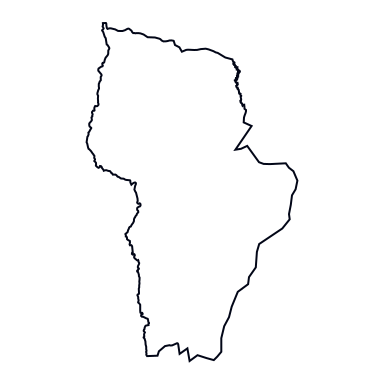 the district of Guruve, Mashonaland Central, Zimbabwe
{"feature_id": "62879985B94788523957313", "entity_name": "Guruve", "entity_type": "district", "adm_level": 2, "iso_a3": "ZWE", "parent_name": "Zimbabwe", "parent_adm1": "Mashonaland Central", "projection": "equal_earth", "projection_center": [30.574, -16.701], "detail": "fine", "context": "isolated", "style": "outline", "palette": "ink", "viewbox_px": 384, "rotation_deg": 0, "n_neighbors": 0, "source": "geoboundaries", "source_scale": "gbopen_adm2", "svg_char_len": 5847}
<svg xmlns="http://www.w3.org/2000/svg" viewBox="0 0 384 384"><path d="M232.4,59.4L225.3,57.5L217.7,52.9L215.7,52.4L213.5,51.2L208.6,49.4L205.7,48.7L200.8,49.1L197.2,49.9L194.3,50.0L188.0,49.7L186.2,49.9L181.9,51.7L179.4,47.3L175.0,45.0L173.7,40.9L173.2,40.7L171.4,40.4L169.4,40.5L167.8,41.0L166.0,41.3L163.5,41.4L161.8,40.6L160.4,39.2L159.4,38.7L155.0,37.5L147.6,37.2L143.6,34.5L140.5,33.4L138.4,33.1L136.3,33.1L135.2,33.3L134.3,33.0L133.2,33.1L132.1,32.0L131.5,30.7L129.1,28.8L128.2,28.6L127.1,29.0L125.0,30.2L122.5,31.0L120.3,31.0L118.0,30.9L115.2,29.4L110.7,28.3L109.5,28.3L107.5,28.9L106.9,28.1L106.4,25.8L106.3,23.7L105.9,23.0L102.9,23.1L103.0,24.9L102.6,26.6L103.2,27.4L103.6,28.6L102.7,29.8L102.1,30.2L102.1,30.5L103.2,32.0L104.7,36.7L105.7,38.2L106.7,44.5L107.5,45.0L108.8,47.0L109.2,47.7L109.3,48.6L108.3,50.5L108.2,53.9L107.6,55.3L105.6,57.7L104.8,59.7L104.2,62.3L103.5,62.9L102.7,62.9L102.3,63.5L102.4,64.7L102.8,65.6L102.5,66.3L101.2,66.7L100.0,67.5L98.6,68.5L98.3,69.2L98.3,70.7L101.3,74.3L101.6,75.1L101.5,75.7L100.7,77.0L100.8,80.2L99.7,81.6L99.0,83.6L98.8,83.9L98.8,86.7L99.0,87.7L99.0,88.6L98.2,90.3L97.4,93.2L97.4,94.3L98.1,95.8L97.9,98.6L98.1,101.4L98.0,102.7L98.4,103.5L98.5,104.6L98.3,105.1L97.3,106.1L96.3,106.2L95.2,106.0L94.5,107.3L94.3,108.3L94.5,110.5L94.3,110.7L93.0,110.7L92.0,112.1L92.0,112.8L92.6,114.1L92.6,114.7L92.2,115.6L92.3,116.5L91.5,117.4L91.9,120.0L91.3,121.1L89.5,123.1L89.2,123.9L89.3,125.5L89.6,126.5L91.2,127.8L91.2,128.4L90.5,129.3L89.2,131.8L88.4,132.6L88.6,134.2L88.1,135.8L87.4,136.8L86.6,142.3L87.2,143.5L88.1,147.6L88.6,148.9L89.1,149.1L91.0,151.1L92.7,153.6L93.3,154.2L93.6,154.9L94.3,155.6L94.4,156.2L94.2,157.9L95.0,159.2L95.0,159.7L94.3,161.0L95.9,162.6L96.1,164.2L95.9,165.1L95.9,165.7L97.1,166.9L98.4,167.8L99.6,167.3L100.0,166.0L100.9,166.1L101.7,167.0L102.0,168.0L103.7,170.2L103.8,170.7L105.1,170.3L106.3,170.2L108.3,170.9L109.9,171.1L110.4,171.6L111.5,173.2L112.2,173.4L112.8,174.6L115.5,174.6L116.5,175.3L117.6,176.7L118.5,176.8L121.0,178.5L123.7,178.7L125.1,179.6L126.1,179.9L130.0,180.3L130.3,180.8L130.4,182.5L131.4,184.7L133.0,183.3L134.3,182.6L135.2,182.5L135.9,183.1L135.9,184.0L135.1,186.0L134.4,189.6L135.3,191.6L136.0,192.6L137.5,198.5L137.7,201.0L137.2,202.2L137.2,202.7L137.7,203.4L138.5,203.8L139.7,203.3L140.3,203.8L140.5,204.3L140.5,205.6L139.9,206.4L138.7,206.8L137.5,207.6L137.2,208.1L137.1,209.2L137.3,210.1L138.1,210.8L138.3,212.1L136.9,213.9L136.7,214.5L136.6,215.0L136.1,215.5L135.3,216.5L135.1,217.3L134.4,218.1L134.0,219.3L133.9,221.2L133.1,222.9L131.8,224.6L130.8,226.5L129.8,226.9L129.2,227.5L128.7,229.0L128.2,229.9L127.5,232.3L126.6,232.9L126.2,233.5L125.5,233.8L125.4,234.2L125.9,235.6L125.8,236.5L126.6,236.8L126.9,237.3L127.1,239.3L128.5,240.3L129.8,240.9L130.0,242.2L129.6,244.5L130.0,245.3L131.4,245.2L132.1,246.2L132.8,252.8L132.1,252.8L131.9,253.9L132.6,254.6L133.7,254.6L134.4,254.3L134.8,255.1L134.8,255.4L134.1,256.9L134.2,257.6L134.7,258.3L137.1,260.3L137.8,260.5L138.2,260.2L138.4,260.7L138.5,261.8L139.2,263.1L139.0,264.0L137.9,266.3L137.9,267.6L138.8,268.4L138.9,268.8L138.1,269.4L137.9,270.6L137.2,270.7L137.1,271.1L137.3,271.7L138.1,272.2L138.9,274.8L138.9,276.1L139.6,277.7L139.5,280.2L139.3,281.3L139.5,283.5L139.2,285.2L139.2,287.4L138.8,288.7L139.0,293.3L138.9,293.8L137.6,294.6L137.4,295.2L138.2,297.1L138.2,298.6L138.5,299.7L138.6,300.8L138.1,302.2L138.5,302.9L139.2,303.3L140.2,304.8L140.2,310.8L140.4,312.6L140.6,312.9L142.2,312.9L142.6,313.5L142.5,314.2L141.7,314.5L141.2,314.9L141.1,315.9L142.1,316.8L143.0,316.7L146.2,318.3L147.7,318.8L148.1,320.2L148.3,321.9L149.0,322.9L149.0,323.3L148.4,323.9L148.5,325.1L145.9,325.6L145.4,326.0L144.7,327.5L144.4,329.3L144.0,329.6L143.7,330.6L143.8,331.2L144.3,331.6L144.9,332.4L144.4,333.3L144.1,334.3L144.1,335.2L144.3,336.1L144.1,336.4L144.1,336.9L143.6,337.3L143.6,337.6L144.5,338.5L145.4,341.4L145.6,344.5L146.2,346.8L146.2,349.4L146.5,350.2L146.4,351.4L146.1,351.9L146.5,353.3L146.3,354.8L147.1,356.1L157.5,355.7L158.9,351.3L165.0,346.1L169.5,345.2L170.2,345.5L172.1,345.4L177.1,343.2L177.8,343.5L178.2,344.3L179.6,353.9L187.4,348.4L189.6,361.0L197.5,355.2L206.6,358.1L213.8,360.1L217.3,356.6L221.3,351.8L221.3,338.2L224.2,326.2L229.0,317.2L231.7,306.7L237.8,291.8L248.1,284.2L249.0,277.1L255.8,267.4L256.9,251.9L259.2,244.0L282.3,228.5L289.7,219.3L289.0,214.1L290.8,204.8L292.0,195.3L295.6,189.3L297.4,180.6L293.4,171.2L288.9,167.7L285.8,163.3L269.9,164.1L263.6,163.9L259.0,162.2L247.2,145.9L241.0,148.8L235.4,149.7L251.6,126.0L243.7,122.4L244.0,117.5L244.6,115.5L245.6,112.9L246.0,111.2L246.0,110.0L244.5,108.8L244.4,106.1L244.2,105.3L244.2,104.7L243.8,104.7L242.6,105.8L242.2,104.8L242.0,103.4L240.9,102.8L240.7,102.5L240.9,101.3L240.4,101.3L240.3,100.7L241.0,99.9L241.2,99.3L240.6,96.7L241.2,96.1L241.2,95.8L240.7,95.6L240.5,95.2L240.3,94.6L240.6,94.0L240.6,93.8L239.8,93.3L239.5,93.8L239.2,93.6L239.0,92.4L239.0,91.4L238.7,90.8L238.8,90.1L238.2,89.5L238.1,88.9L237.6,88.9L237.5,88.5L237.6,87.7L236.9,87.6L236.3,86.7L236.2,85.8L237.2,85.3L237.0,84.3L237.2,84.1L237.6,84.5L237.8,84.3L237.5,82.8L237.1,82.8L236.6,83.3L236.1,82.5L235.6,82.1L235.4,81.1L234.8,80.6L234.8,80.3L235.1,80.2L235.4,79.9L235.7,79.1L236.0,79.2L236.3,80.4L236.8,79.6L237.1,79.5L237.3,78.9L237.2,78.3L236.5,78.6L236.2,78.4L236.1,77.9L237.5,77.6L237.5,77.3L237.0,76.8L237.0,76.5L237.6,76.5L237.2,75.7L237.5,75.6L237.8,75.9L238.2,75.8L238.1,75.1L237.3,74.8L237.4,73.3L237.8,73.1L238.1,74.1L238.4,74.0L239.2,72.5L239.8,71.9L239.9,71.4L239.6,70.8L238.9,70.5L238.0,71.1L238.0,70.5L238.4,70.0L238.2,69.5L236.7,69.6L236.6,68.9L237.0,68.9L237.0,67.9L237.4,67.5L237.4,67.2L235.5,67.5L235.0,67.0L235.1,66.6L235.7,66.4L235.8,66.0L235.1,65.6L234.9,64.8L234.2,64.9L234.2,64.1L233.4,64.0L233.3,63.2L233.6,63.0L234.2,63.2L234.5,62.7L234.3,62.3L233.7,62.1L232.9,61.1L232.4,59.4Z" fill="none" stroke="#020617" stroke-width="2"/></svg>